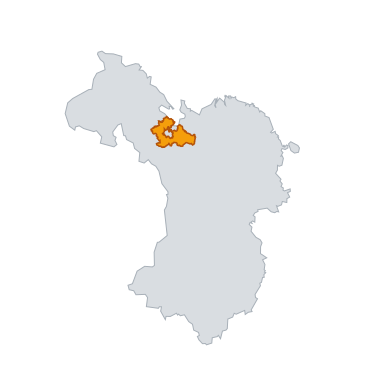 location of Hebei within China, rotated 261°
{"feature_id": "CHN-1811", "entity_name": "Hebei", "entity_type": "Province", "adm_level": 1, "iso_a3": "CHN", "parent_name": "China", "parent_adm1": "", "projection": "mercator", "projection_center": [116.359, 39.339], "detail": "fine", "context": "in_parent", "style": "filled", "palette": "amber", "viewbox_px": 384, "rotation_deg": 261, "n_neighbors": 0, "source": "natural_earth", "source_scale": "10m", "svg_char_len": 9420}
<svg xmlns="http://www.w3.org/2000/svg" viewBox="0 0 384 384"><g transform="rotate(261 192 192)"><path d="M210.9,287.5L204.4,285.0L203.8,282.1L205.0,280.6L200.3,279.8L197.4,277.5L190.7,281.9L189.1,280.6L185.9,282.4L183.4,280.8L181.7,282.8L179.5,282.2L178.6,283.5L179.7,289.4L177.2,289.2L176.4,286.2L171.7,287.7L170.6,284.7L166.8,284.0L168.5,279.7L165.3,278.4L164.4,274.5L165.2,273.3L158.8,274.5L159.5,272.7L158.6,270.5L160.1,267.1L164.3,263.7L164.2,254.1L162.5,254.2L161.5,250.8L159.3,248.8L157.6,250.4L152.4,249.3L153.9,247.3L153.1,245.7L151.6,246.4L152.7,244.5L151.1,243.4L147.9,245.7L144.0,244.2L137.2,248.1L134.2,251.9L130.8,253.2L127.3,251.2L120.4,250.0L115.3,255.5L114.0,251.1L109.0,252.7L103.9,251.1L102.9,252.1L101.5,251.0L100.8,252.2L99.2,250.1L96.4,249.9L96.6,248.3L91.9,246.5L91.3,244.7L88.7,244.9L81.0,238.3L77.9,238.2L76.3,240.0L66.3,232.0L64.5,232.6L64.4,228.7L62.7,225.4L66.8,225.5L64.4,216.5L65.6,214.7L62.1,212.6L60.9,207.5L51.6,205.5L50.3,204.0L49.9,200.3L42.6,197.2L46.3,195.6L45.2,194.3L44.9,189.2L39.7,187.9L38.8,182.4L40.2,181.6L40.6,178.6L44.9,175.7L48.5,174.7L49.1,176.8L52.3,176.5L55.3,172.1L61.3,171.8L64.5,168.5L71.9,165.3L71.6,161.1L73.5,159.6L72.7,158.5L74.7,157.7L72.5,151.2L73.2,146.9L70.1,145.7L79.2,142.4L83.4,143.9L83.8,141.8L82.4,140.6L85.9,129.0L94.7,131.6L98.2,129.9L99.3,120.6L103.6,119.0L105.3,114.7L109.9,114.2L110.7,118.8L122.4,125.4L126.0,133.6L124.2,141.1L125.3,143.4L138.5,145.2L147.7,149.9L147.6,151.6L152.9,160.7L178.5,161.9L181.8,164.5L189.6,167.2L193.5,166.4L193.5,167.9L196.0,168.3L204.9,163.6L217.8,162.6L223.1,160.3L226.2,156.4L230.8,153.9L228.1,149.3L230.6,144.4L239.1,146.6L244.0,142.1L249.6,141.6L254.0,135.6L257.9,135.1L258.4,133.4L270.6,132.8L269.8,129.3L263.7,123.1L260.0,123.1L257.9,125.6L255.0,124.0L250.7,125.3L248.8,122.0L254.6,109.1L260.6,111.5L267.5,107.2L267.0,104.5L271.6,95.0L275.0,91.0L274.5,87.1L271.4,85.9L276.2,81.2L289.3,79.0L299.5,83.2L303.0,88.8L309.3,106.1L309.1,109.2L318.8,112.4L324.1,116.5L326.4,125.3L333.8,125.1L337.1,122.2L342.9,120.2L344.7,121.1L345.2,125.1L342.2,128.2L340.7,135.9L336.9,143.9L330.6,142.5L326.3,145.9L327.6,156.2L326.7,159.4L323.5,160.6L324.0,161.9L320.8,158.8L319.8,162.5L315.9,165.3L311.5,165.7L312.8,168.2L312.1,169.7L304.9,167.5L301.2,172.9L295.7,175.8L292.6,179.3L285.5,181.5L277.1,187.1L276.8,185.9L279.6,184.6L280.3,182.8L277.6,182.9L277.6,181.8L282.6,175.6L280.4,172.4L277.1,172.9L273.6,177.3L268.2,180.5L266.1,184.2L260.1,184.5L259.5,189.0L265.9,191.5L266.0,196.0L267.7,197.2L270.0,197.1L272.5,193.8L275.0,192.8L279.4,195.2L284.6,195.5L283.0,199.1L280.9,198.3L275.3,200.4L274.4,203.5L272.1,203.0L272.7,204.4L267.0,211.4L272.6,214.9L275.5,224.6L280.4,229.1L280.1,230.3L273.8,227.9L271.4,228.9L274.8,228.6L280.4,234.0L275.7,237.9L273.5,237.9L272.2,238.8L277.5,238.4L281.7,240.9L278.8,243.2L281.1,243.1L280.8,245.2L278.5,245.2L279.6,246.2L278.6,248.0L279.3,250.0L277.0,249.8L275.0,251.6L271.4,259.4L269.2,258.5L270.6,261.0L268.5,262.6L266.9,262.2L269.3,262.9L269.3,266.3L267.1,266.0L267.6,267.2L266.1,267.3L264.5,270.5L260.4,271.4L261.5,272.6L258.0,276.2L255.7,275.9L253.5,279.7L241.2,282.1L238.7,278.9L237.8,279.9L238.9,283.6L236.6,283.7L234.1,286.1L232.9,285.0L232.7,286.2L230.9,285.7L229.1,287.2L223.2,288.4L221.9,290.5L223.7,292.8L222.8,294.0L220.5,293.6L219.4,290.7L220.8,287.7L218.9,286.5L216.8,288.0L213.5,285.4L213.6,286.8L210.9,287.5ZM224.4,294.9L226.2,297.4L221.4,303.8L218.7,305.0L214.6,303.4L214.4,299.3L217.4,296.2L224.4,294.9ZM280.6,231.5L278.8,231.2L277.3,229.6L278.6,229.9L280.6,231.5ZM282.7,239.8L281.4,240.1L281.1,239.4L282.7,239.8ZM270.4,265.2L269.7,266.1L269.8,264.9L270.4,265.2ZM222.5,290.2L223.7,289.8L223.6,290.4L222.5,290.2Z" fill="#d9dde1" stroke="#a8b0b8" stroke-width="1"/><path d="M258.9,187.8L259.0,187.8L259.8,189.3L260.4,190.0L260.1,190.3L260.0,190.5L260.0,190.9L259.6,191.3L259.0,191.4L258.3,192.7L257.8,192.7L256.2,192.8L255.1,192.8L254.9,193.0L254.8,193.3L254.4,193.6L254.2,194.1L253.3,195.0L253.1,194.8L253.1,194.4L252.9,194.2L252.6,194.6L252.5,194.9L252.3,195.2L252.3,195.3L252.5,195.6L252.3,195.8L252.2,195.8L251.9,195.7L251.4,195.8L251.1,196.0L251.0,196.5L250.7,196.8L250.5,197.7L250.1,198.1L250.0,198.4L249.6,198.9L249.5,199.2L249.3,199.4L248.6,199.6L247.9,200.6L247.6,201.3L247.9,202.1L247.9,202.4L248.2,202.5L248.5,202.9L248.5,203.3L247.9,203.8L247.7,203.8L247.4,203.3L247.1,203.2L246.7,203.2L246.5,203.4L246.3,203.7L246.2,203.9L245.8,204.0L245.8,203.9L245.7,203.7L245.4,203.4L245.2,203.4L244.7,203.4L244.3,203.5L244.0,203.5L243.3,203.0L243.0,202.9L242.9,202.8L242.4,202.7L242.1,202.8L241.5,202.6L241.3,202.2L241.1,202.1L240.7,202.2L240.2,202.2L239.8,202.1L239.6,201.8L239.3,201.6L238.8,201.3L238.9,200.9L238.7,200.6L238.4,200.3L238.5,200.0L238.4,199.8L239.2,199.5L239.5,199.2L239.5,198.9L240.0,198.9L240.0,198.3L239.9,197.7L239.9,197.3L240.4,196.8L240.6,196.1L241.4,194.9L241.6,194.4L241.7,193.9L241.7,193.7L241.3,193.3L241.1,192.8L240.8,192.2L240.6,192.1L240.1,190.8L239.9,190.7L239.5,190.4L238.8,190.1L238.7,189.4L238.9,189.0L238.8,188.3L239.2,187.6L239.6,187.5L239.6,187.2L239.9,187.1L240.3,186.6L239.9,185.8L240.0,185.6L240.2,185.4L240.4,184.9L241.3,184.6L241.7,184.9L242.5,184.8L242.7,184.5L243.0,184.3L243.2,184.2L243.2,183.5L243.5,183.2L243.5,182.8L243.8,182.2L243.9,181.9L243.5,181.5L243.3,181.4L243.2,181.1L243.2,180.0L243.1,179.8L242.3,179.7L242.1,179.5L241.4,179.3L241.2,179.0L240.8,178.7L241.1,178.0L241.4,178.3L241.5,178.3L241.5,177.8L241.7,177.6L243.4,176.9L243.7,176.8L243.7,176.7L243.4,176.5L242.6,176.4L242.5,175.6L242.4,175.2L242.3,174.9L241.9,174.5L241.9,174.0L241.7,173.7L241.4,173.5L241.4,173.1L241.2,172.8L241.0,172.6L240.7,172.1L240.3,171.6L240.5,171.7L240.6,171.2L241.0,171.2L241.1,170.6L240.8,170.5L240.7,170.4L240.8,169.5L241.2,168.8L241.8,168.6L242.1,168.4L242.3,166.7L242.8,166.2L243.3,165.9L243.4,165.7L243.6,165.1L243.8,164.8L244.1,164.6L244.9,164.6L245.2,164.4L245.4,164.6L245.4,165.1L245.8,166.1L245.8,166.7L245.6,166.8L245.6,167.3L245.6,168.2L246.7,168.2L247.4,168.4L247.6,168.1L247.9,168.2L247.7,167.7L247.9,167.4L249.1,167.0L250.6,166.0L250.9,166.1L251.4,166.9L251.5,166.9L251.8,166.5L252.2,166.4L252.6,165.9L253.1,165.5L253.3,165.6L253.4,165.9L253.9,165.8L254.2,166.1L255.2,165.7L255.5,165.4L255.6,165.1L255.5,164.8L255.6,164.4L255.6,164.2L255.3,163.5L255.4,163.3L255.6,162.9L256.7,162.3L257.4,162.3L257.9,162.5L258.3,162.5L258.4,161.8L258.8,161.4L259.2,161.8L260.2,161.4L260.2,161.8L261.3,163.0L261.3,163.3L261.4,163.7L261.2,163.9L261.1,164.1L261.7,164.4L261.7,164.7L261.8,165.1L261.8,165.4L262.2,165.4L262.3,165.1L262.6,165.1L262.6,165.5L262.7,165.8L262.6,166.2L262.8,166.5L262.7,167.0L262.3,167.0L262.1,166.9L262.0,167.0L262.4,168.3L262.7,168.4L262.8,168.5L262.7,169.2L262.9,169.4L262.9,169.8L263.0,170.1L263.3,170.0L263.6,169.9L264.8,170.0L265.3,169.7L265.5,170.0L267.0,170.2L267.4,170.1L267.3,170.7L267.0,171.1L266.4,171.7L265.9,171.9L265.9,172.1L266.2,172.3L266.3,172.4L266.1,172.6L265.7,172.5L265.5,173.2L265.5,173.4L266.5,174.6L266.8,174.5L267.0,174.2L267.2,174.8L267.4,175.2L267.7,175.4L269.0,175.3L269.2,175.7L269.1,176.4L269.4,177.0L269.4,177.5L269.9,177.5L269.9,178.3L270.3,178.6L270.5,178.9L270.1,179.2L269.5,179.3L268.9,179.6L268.8,179.8L268.9,180.1L268.6,180.1L268.1,180.5L267.9,180.7L267.6,181.5L267.4,181.5L267.3,181.8L267.4,181.7L267.4,181.9L267.5,181.6L267.5,182.2L267.7,182.5L267.6,182.9L267.5,183.0L267.1,183.1L266.3,184.1L265.8,184.5L265.7,184.5L265.9,184.3L266.1,184.1L265.6,184.2L265.4,184.2L265.2,184.4L264.3,184.3L264.2,184.4L263.8,184.4L263.9,184.5L262.8,185.1L262.4,185.0L261.9,184.2L261.7,184.0L261.3,183.9L261.2,183.1L261.1,182.9L260.7,182.7L260.8,181.9L260.7,181.8L260.6,181.6L260.3,181.7L260.0,181.6L259.9,181.8L259.6,181.7L259.3,181.6L259.4,181.3L259.3,181.1L259.1,180.9L259.0,180.6L258.9,180.5L258.8,180.0L258.7,179.7L258.8,179.2L258.7,178.9L258.8,178.8L259.4,179.1L260.1,179.1L260.1,178.9L259.9,178.7L260.0,178.5L259.4,178.3L259.3,178.0L259.0,177.7L258.5,177.4L257.9,177.1L257.6,176.9L257.4,176.5L257.4,175.9L257.1,175.6L257.2,175.3L257.4,175.1L257.8,174.9L258.3,174.9L258.4,174.7L258.6,174.6L257.7,174.5L257.1,174.3L256.6,174.4L256.0,174.1L254.5,172.6L254.4,172.0L254.2,172.0L254.1,172.3L253.7,172.6L253.5,172.9L253.3,172.9L253.0,172.7L252.9,172.8L253.0,172.9L253.5,173.6L253.5,173.8L253.0,173.8L252.7,174.0L252.3,173.8L251.8,174.5L251.4,174.9L251.2,174.9L250.6,174.8L249.8,175.2L249.8,175.3L250.7,176.6L250.8,176.7L250.9,177.1L250.6,177.4L250.4,177.8L249.1,178.2L248.8,178.4L248.6,178.8L248.3,178.9L248.3,179.1L248.7,179.4L248.7,179.8L249.0,180.2L248.8,180.3L248.5,180.3L248.4,180.4L248.4,180.5L248.5,181.3L248.9,181.5L249.5,181.5L249.6,181.8L250.0,182.1L250.2,181.8L250.9,181.6L251.2,181.7L252.2,181.6L252.4,182.1L252.8,182.4L253.2,182.5L253.4,182.5L253.5,182.3L253.5,182.2L253.3,182.1L253.9,181.7L254.0,181.5L254.3,181.4L255.2,181.4L255.2,182.2L255.5,183.1L255.3,183.9L255.4,184.2L255.7,184.3L255.7,184.5L254.7,185.4L254.6,186.0L254.8,186.6L255.1,186.9L255.4,187.0L255.7,187.3L256.4,187.2L256.5,187.3L256.6,187.8L257.3,187.9L257.5,188.2L258.9,187.8ZM257.4,178.2L256.9,179.1L257.0,179.5L257.5,179.8L257.1,180.1L257.2,180.4L257.0,181.3L256.8,181.3L255.6,180.9L255.6,180.7L255.8,180.3L255.8,180.2L255.7,179.9L255.1,179.6L254.9,179.2L255.0,178.7L255.3,178.6L256.1,178.6L256.5,178.4L257.4,178.2ZM264.4,184.9L264.5,185.1L264.2,185.5L263.8,185.9L263.6,185.8L263.7,185.7L263.6,185.1L263.8,185.0L264.0,185.3L264.4,185.0L264.3,184.9L264.4,184.9Z" fill="#f59e0b" stroke="#b45309" stroke-width="1.5"/></g></svg>